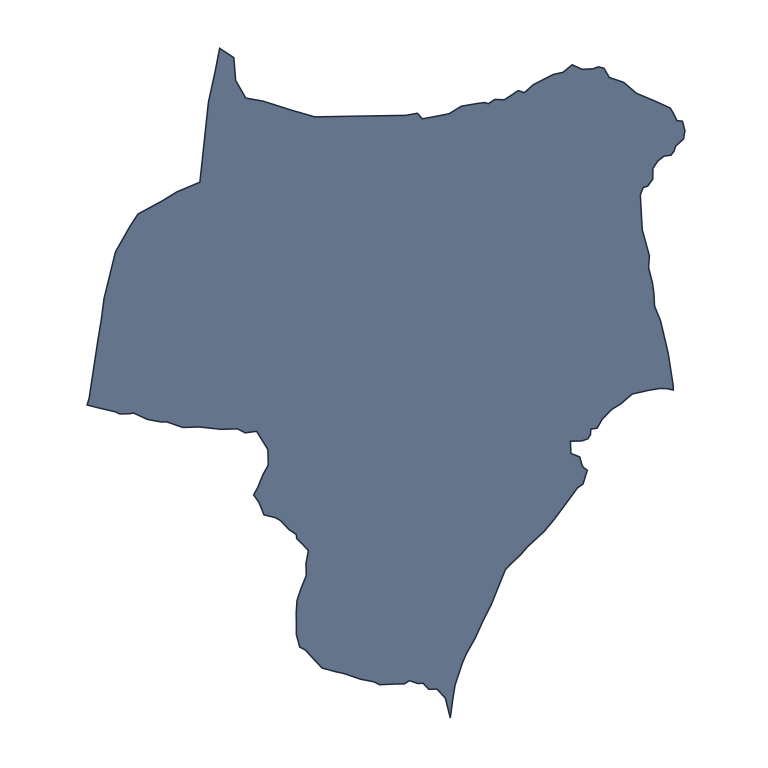 Wamba, Nassarawa, Nigeria (Robinson projection), rotated 181°
{"feature_id": "59680162B37281482686762", "entity_name": "Wamba", "entity_type": "district", "adm_level": 2, "iso_a3": "NGA", "parent_name": "Nigeria", "parent_adm1": "Nassarawa", "projection": "robinson", "projection_center": [8.68, 9.001], "detail": "fine", "context": "isolated", "style": "filled", "palette": "slate", "viewbox_px": 768, "rotation_deg": 181, "n_neighbors": 0, "source": "geoboundaries", "source_scale": "gbopen_adm2", "svg_char_len": 2290}
<svg xmlns="http://www.w3.org/2000/svg" viewBox="0 0 768 768"><g transform="rotate(181 384 384)"><path d="M94.7,383.0L94.7,387.0L100.4,419.8L108.5,451.8L114.8,466.5L115.8,480.1L117.4,490.0L121.5,505.0L120.9,517.0L128.5,542.8L131.0,577.5L128.3,584.9L123.8,586.4L118.8,593.6L118.9,604.2L114.2,611.6L108.0,616.7L101.0,617.8L98.1,621.9L96.5,626.9L88.8,634.2L87.5,642.4L90.2,652.0L95.6,652.4L99.5,660.0L102.6,664.9L117.2,671.3L136.7,679.1L149.6,689.8L164.0,694.4L169.6,703.6L175.2,704.9L180.5,702.8L191.5,702.1L201.4,706.5L210.4,698.8L220.0,696.5L225.7,693.5L239.9,685.9L248.7,677.8L254.9,679.7L268.6,670.3L278.1,670.5L284.7,666.0L287.8,667.2L295.7,666.1L311.6,663.1L323.6,655.4L335.0,652.9L350.2,649.8L355.4,655.3L366.8,653.0L457.9,649.9L481.0,656.1L509.8,664.7L527.2,667.5L537.6,684.9L539.8,707.6L554.2,716.8L558.4,693.0L564.5,662.6L571.6,582.6L594.6,572.4L608.8,563.3L632.9,549.7L641.0,536.8L654.8,511.4L665.4,464.7L667.9,442.5L670.6,424.5L678.6,364.5L680.5,357.8L677.9,357.2L666.8,354.6L665.2,354.3L652.2,351.5L647.6,349.4L638.3,349.8L634.0,350.6L620.1,344.5L606.4,342.1L600.9,342.4L584.3,337.0L576.2,337.4L568.0,337.8L548.0,336.0L546.1,335.8L529.8,336.6L521.8,332.7L510.6,334.5L504.8,325.5L499.0,316.5L498.7,310.3L498.3,301.0L503.4,291.4L505.9,285.1L508.3,278.7L512.4,270.9L507.1,263.6L504.2,256.9L501.8,251.1L490.7,248.6L485.2,245.7L482.3,242.8L476.6,236.9L469.1,232.0L468.6,227.9L462.4,222.1L461.8,221.4L456.7,216.1L458.9,203.2L458.5,194.3L458.4,191.2L463.3,178.5L467.2,166.1L467.8,153.5L467.5,144.2L467.3,132.1L464.4,122.0L463.7,119.5L458.1,116.7L449.6,107.8L441.0,98.9L437.1,97.9L427.4,95.5L419.0,93.8L402.4,88.4L388.7,86.0L383.1,83.2L366.5,84.3L358.6,84.4L353.3,87.8L345.0,85.1L339.6,85.4L333.9,79.5L325.7,79.9L320.0,73.9L317.2,71.0L311.9,51.2L309.9,68.3L307.7,84.1L300.6,106.8L296.9,115.7L288.4,131.4L280.7,149.2L273.0,165.0L264.4,187.4L259.4,200.5L253.3,207.0L244.2,215.9L237.6,223.8L221.1,239.6L211.2,251.9L200.3,267.1L192.6,278.0L188.7,283.5L183.2,287.5L179.2,301.3L182.7,303.7L184.4,305.8L187.1,314.6L195.9,317.8L196.6,330.0L189.9,330.3L185.1,330.5L179.2,332.8L176.7,336.8L176.4,342.4L170.1,343.6L165.2,352.6L155.9,362.5L146.7,368.4L141.0,373.6L135.6,378.3L119.3,382.3L113.3,383.4L108.4,384.3L101.2,384.3L94.7,383.0Z" fill="#64748b" stroke="#1e293b" stroke-width="1.5"/></g></svg>